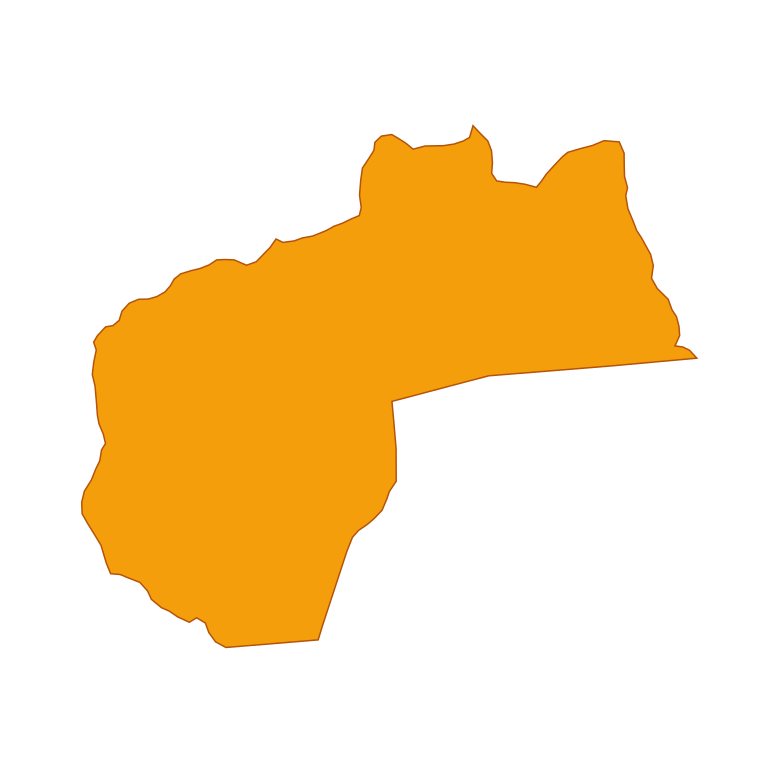 outline of Corumbataí, São Paulo, Brazil, rotated 354°
{"feature_id": "56859067B67739189457030", "entity_name": "Corumbataí", "entity_type": "district", "adm_level": 2, "iso_a3": "BRA", "parent_name": "Brazil", "parent_adm1": "São Paulo", "projection": "orthographic", "projection_center": [-47.609, -22.243], "detail": "fine", "context": "isolated", "style": "filled", "palette": "amber", "viewbox_px": 768, "rotation_deg": 354, "n_neighbors": 0, "source": "geoboundaries", "source_scale": "gbopen_adm2", "svg_char_len": 1902}
<svg xmlns="http://www.w3.org/2000/svg" viewBox="0 0 768 768"><g transform="rotate(354 384 384)"><path d="M96.1,372.5L95.7,385.2L96.4,393.9L99.6,404.5L100.8,414.1L96.2,420.0L93.4,430.4L88.3,438.7L83.0,448.8L74.8,459.3L71.0,470.0L70.2,481.5L74.9,492.2L81.0,504.8L85.7,514.9L89.1,533.0L92.3,544.1L101.7,545.9L109.4,550.1L120.5,555.8L127.2,565.1L130.2,573.9L139.3,583.2L146.5,587.3L154.4,594.0L165.5,600.6L173.2,596.9L181.4,603.1L183.8,612.9L189.5,622.8L199.2,629.5L291.8,631.6L297.3,618.5L329.7,546.3L336.6,533.2L343.3,527.0L352.5,522.0L360.0,516.9L368.9,509.3L374.7,498.8L378.1,491.5L386.0,481.9L389.3,449.1L389.8,422.6L390.1,402.1L464.7,390.5L489.0,386.8L613.8,389.8L697.8,391.0L691.3,382.3L684.9,378.4L677.4,376.5L683.1,366.7L683.4,357.5L681.9,347.6L678.2,340.4L675.5,329.5L665.8,317.7L661.1,306.8L664.2,294.4L662.7,283.0L655.3,265.4L651.4,257.9L648.8,248.2L644.9,235.2L644.1,222.0L646.7,214.3L644.9,202.7L645.7,192.3L646.9,179.6L643.3,167.8L628.3,165.0L616.2,168.6L604.2,170.4L591.0,172.8L585.1,176.7L575.9,184.6L567.4,192.2L561.8,198.7L556.1,204.3L544.9,200.0L534.8,197.4L525.6,196.0L517.3,193.8L513.1,185.8L515.0,175.2L515.3,163.2L512.6,153.1L506.6,145.7L499.5,136.4L494.9,147.7L488.3,150.6L478.6,152.7L468.1,153.2L449.6,151.6L437.5,153.5L430.9,146.8L423.6,141.0L417.8,136.7L407.3,137.2L400.2,142.7L398.4,150.6L392.5,158.1L385.1,167.0L382.1,179.1L379.4,193.6L379.8,206.2L377.0,213.9L369.0,216.3L359.6,219.7L350.7,221.9L342.5,225.4L328.5,229.4L318.2,230.2L309.6,232.3L298.3,232.6L291.8,228.5L284.8,236.5L279.2,241.1L269.7,249.1L259.6,251.5L248.0,244.9L239.1,243.6L230.5,243.1L222.5,247.3L213.1,249.9L204.2,251.1L193.3,253.2L186.2,257.8L181.7,264.1L175.9,269.5L167.3,273.3L158.4,274.9L148.8,274.1L139.1,277.0L131.0,284.2L127.3,293.0L120.5,297.6L113.1,298.1L104.1,305.9L99.6,312.0L101.4,320.1L97.6,332.0L94.9,344.1L96.4,355.9L96.1,372.5Z" fill="#f59e0b" stroke="#b45309" stroke-width="1.5"/></g></svg>